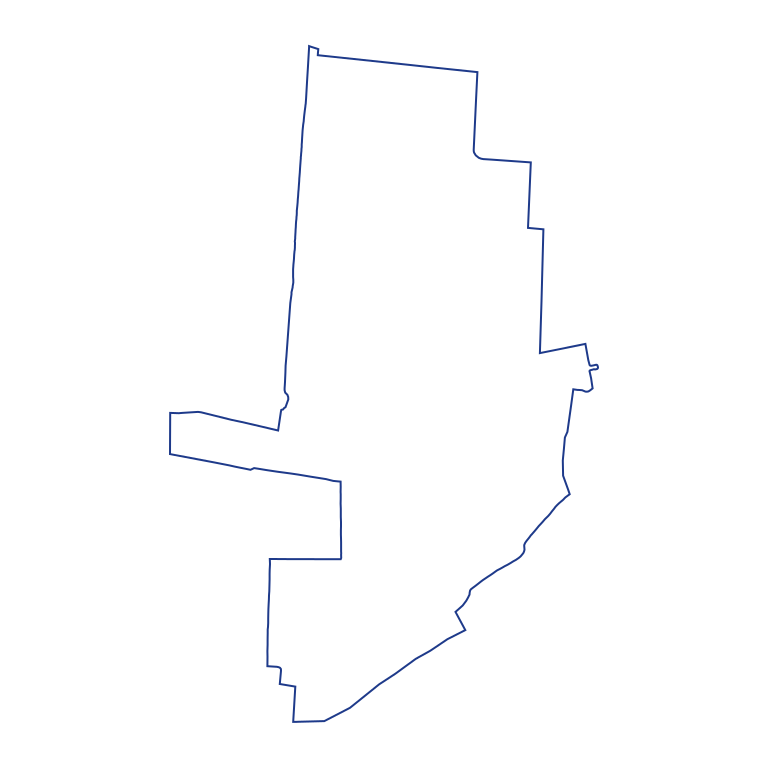 outline of Orlea, Romania
{"feature_id": "2599482B39990554415713", "entity_name": "Orlea", "entity_type": "district", "adm_level": 2, "iso_a3": "ROU", "parent_name": "Romania", "parent_adm1": "", "projection": "mercator", "projection_center": [24.363, 43.754], "detail": "fine", "context": "isolated", "style": "outline", "palette": "blue", "viewbox_px": 768, "rotation_deg": 0, "n_neighbors": 0, "source": "geoboundaries", "source_scale": "gbopen_adm2", "svg_char_len": 4141}
<svg xmlns="http://www.w3.org/2000/svg" viewBox="0 0 768 768"><path d="M477.4,72.1L472.5,71.6L437.0,67.9L427.9,66.9L419.5,66.0L409.4,64.9L317.8,55.2L317.9,53.3L318.3,49.1L311.1,46.8L309.1,46.1L309.1,46.9L309.0,48.8L307.9,67.7L307.1,80.6L306.1,98.2L305.7,103.9L305.5,104.9L305.3,106.9L304.8,110.6L304.2,115.6L303.9,118.7L303.7,121.3L303.2,124.5L302.6,130.3L302.3,135.1L302.0,140.2L301.9,142.3L301.7,144.6L301.7,146.4L301.7,147.1L301.5,148.6L301.4,151.0L301.1,153.9L301.0,155.8L300.8,157.0L300.8,158.5L300.7,159.5L300.5,162.1L300.2,166.2L300.1,167.6L299.8,172.6L299.5,176.3L299.3,178.5L299.2,181.1L298.9,185.0L298.6,189.5L298.4,191.4L298.2,194.4L298.1,196.1L297.8,199.3L297.6,202.8L297.3,206.0L297.0,208.9L296.8,210.8L296.8,213.1L296.7,215.3L296.5,216.8L296.4,219.0L296.1,221.4L295.9,224.5L295.8,227.1L295.6,229.6L295.5,232.0L295.3,235.4L295.2,237.0L295.2,238.5L295.1,239.2L295.0,240.1L294.8,241.5L294.9,242.0L295.0,242.7L295.0,243.9L294.9,246.1L294.9,247.7L294.8,249.1L294.7,250.3L294.5,251.1L294.4,252.4L294.2,254.4L294.1,256.1L294.0,258.2L293.9,259.7L293.7,261.8L293.5,263.7L293.4,264.8L293.3,266.5L293.1,269.3L293.1,271.9L293.1,274.1L293.1,277.0L293.3,279.8L293.3,282.6L293.1,283.9L292.9,285.0L292.7,286.2L292.6,287.5L291.5,292.3L291.5,294.2L290.3,303.0L286.4,356.5L285.6,365.7L285.4,372.8L285.0,382.0L284.8,385.3L284.6,388.2L284.6,390.2L285.2,392.6L287.4,394.8L288.2,397.0L288.3,399.4L286.3,405.0L285.5,407.2L284.1,408.1L283.0,409.5L281.9,409.7L281.3,409.9L280.9,411.7L278.1,430.5L254.7,425.0L241.7,422.0L231.3,419.8L201.1,412.3L198.0,411.9L182.2,412.9L178.8,413.2L170.2,412.9L170.0,454.1L208.8,461.4L214.1,462.4L229.4,465.4L234.7,466.6L239.1,467.5L245.7,468.8L250.5,469.8L254.1,468.1L258.7,468.8L266.6,470.1L277.3,471.7L290.8,473.5L298.3,474.6L310.2,476.6L326.0,479.1L333.2,480.9L338.1,481.4L340.6,481.6L340.7,486.9L340.6,491.9L340.7,494.3L340.7,499.0L340.6,503.6L340.8,508.7L340.8,513.1L340.8,517.0L341.0,522.0L341.0,526.4L340.9,530.3L340.9,534.8L341.0,537.9L341.1,542.3L341.1,547.6L341.1,551.3L341.2,553.3L341.1,554.7L341.2,557.9L340.7,559.2L317.7,559.2L307.7,559.1L286.7,559.1L272.7,559.0L269.8,559.0L270.0,564.1L269.7,569.6L269.6,573.7L269.6,579.3L269.3,591.2L269.0,595.4L268.9,599.3L268.6,604.8L268.4,609.2L268.3,613.1L268.2,618.7L268.2,623.0L268.0,627.0L267.7,629.5L267.7,633.5L267.6,639.0L267.6,644.9L267.4,651.1L267.5,656.5L267.4,666.2L276.9,666.8L278.7,667.2L280.0,667.8L280.9,669.0L281.0,670.7L279.8,684.0L295.3,686.6L293.2,721.9L296.2,721.9L297.1,721.8L324.3,721.1L350.0,707.8L379.2,684.3L395.4,673.7L415.0,659.4L416.5,658.4L417.3,658.1L417.6,657.8L428.6,651.7L430.0,650.9L430.8,650.4L432.0,649.6L447.4,639.2L465.3,630.1L455.5,611.9L462.7,605.5L466.3,600.7L468.1,597.5L469.0,595.6L469.5,594.7L469.7,592.4L470.1,590.5L470.9,589.3L472.7,587.9L475.4,585.9L478.1,583.8L481.0,581.5L483.0,580.0L485.7,578.2L487.9,576.7L490.1,575.3L492.6,573.6L494.8,572.0L496.9,570.5L498.2,569.8L499.8,569.0L502.5,567.5L504.7,566.2L507.5,564.8L510.6,563.0L513.3,561.3L515.9,559.9L518.8,557.9L520.6,556.4L522.1,554.6L523.3,553.1L524.0,551.6L524.5,549.8L524.4,548.3L524.2,545.7L524.3,544.8L525.2,542.8L526.6,540.8L528.4,538.6L530.1,536.4L530.8,535.3L531.5,534.7L532.0,534.1L534.7,531.0L536.7,528.6L538.8,526.0L540.7,524.0L542.8,521.7L544.9,519.2L548.2,516.0L550.1,513.8L551.9,511.4L554.1,508.7L555.4,506.9L557.3,504.9L559.3,503.0L563.0,499.9L563.6,499.3L564.5,498.3L565.4,497.4L569.7,494.2L568.2,489.8L563.1,475.7L562.8,460.5L563.9,449.0L564.9,437.5L567.4,431.9L571.2,404.8L573.3,389.3L577.3,389.9L579.6,390.0L582.1,390.2L583.8,390.9L585.4,391.6L586.9,391.7L588.5,391.4L590.2,390.3L592.6,388.4L591.1,378.3L589.9,372.8L589.5,371.1L589.8,370.5L590.3,370.3L591.0,370.0L592.0,369.8L594.0,369.2L594.6,369.4L595.4,369.4L596.7,369.1L597.4,368.8L597.8,368.3L598.0,367.3L597.7,366.2L597.3,365.2L596.7,364.8L595.9,364.8L593.0,365.5L591.2,365.8L590.2,365.6L589.6,365.0L588.3,360.1L585.4,343.9L539.9,353.1L541.5,301.5L543.4,229.3L528.0,227.9L530.7,164.8L530.8,162.4L491.4,159.6L483.4,159.1L481.2,158.7L478.8,157.8L477.2,156.5L475.8,155.4L475.0,154.1L474.1,152.6L473.8,151.5L473.7,149.9L476.1,98.6L477.4,72.1Z" fill="none" stroke="#1e3a8a" stroke-width="2"/></svg>